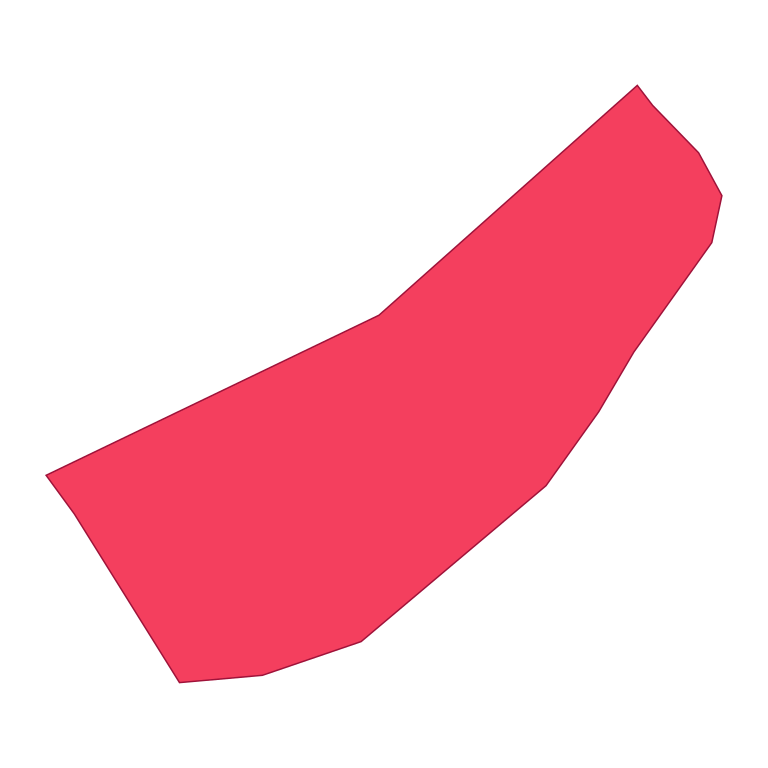 the City of Point Fortin
{"feature_id": "TTO-60", "entity_name": "Point Fortin", "entity_type": "City", "adm_level": 1, "iso_a3": "TTO", "parent_name": "Trinidad and Tobago", "parent_adm1": "", "projection": "orthographic", "projection_center": [-61.662, 10.176], "detail": "fine", "context": "isolated", "style": "filled", "palette": "rose", "viewbox_px": 768, "rotation_deg": 0, "n_neighbors": 0, "source": "natural_earth", "source_scale": "10m", "svg_char_len": 308}
<svg xmlns="http://www.w3.org/2000/svg" viewBox="0 0 768 768"><path d="M46.1,475.3L379.0,315.2L637.3,85.4L652.6,105.4L698.6,152.8L721.9,195.7L711.8,242.6L633.8,352.1L598.7,411.8L546.0,485.7L361.1,641.6L262.4,675.3L179.5,682.6L74.3,513.9L46.1,475.3Z" fill="#f43f5e" stroke="#9f1239" stroke-width="1.5"/></svg>